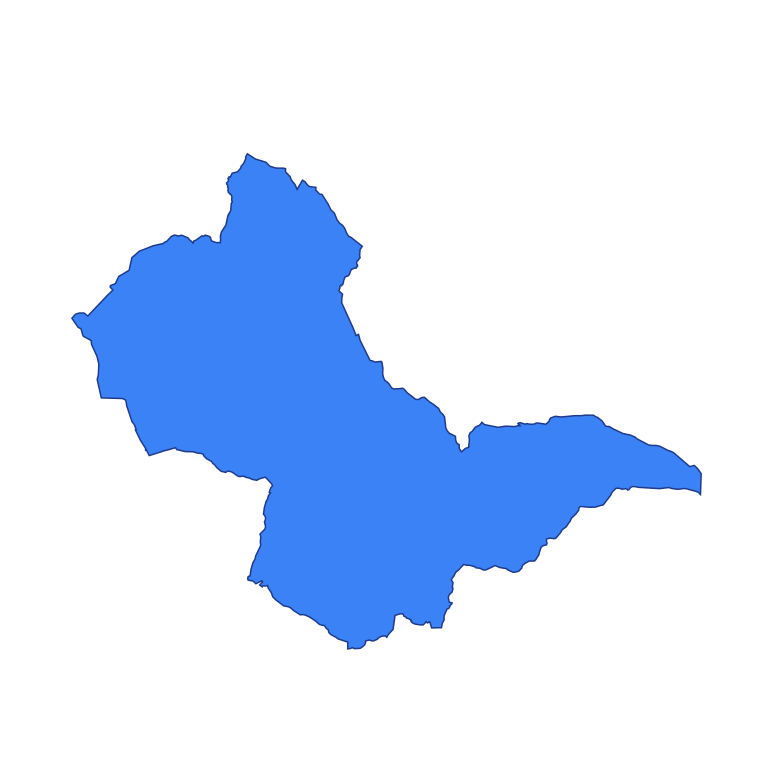 Albestii De Arges, Arges, Romania, rotated 78°
{"feature_id": "2599482B24655595940767", "entity_name": "Albestii De Arges", "entity_type": "district", "adm_level": 2, "iso_a3": "ROU", "parent_name": "Romania", "parent_adm1": "Arges", "projection": "natural_earth1", "projection_center": [24.684, 45.238], "detail": "fine", "context": "isolated", "style": "filled", "palette": "blue", "viewbox_px": 768, "rotation_deg": 78, "n_neighbors": 0, "source": "geoboundaries", "source_scale": "gbopen_adm2", "svg_char_len": 6165}
<svg xmlns="http://www.w3.org/2000/svg" viewBox="0 0 768 768"><g transform="rotate(78 384 384)"><path d="M635.5,474.6L635.8,473.4L635.4,469.7L636.8,467.6L637.6,462.3L636.8,460.1L635.2,457.2L633.1,455.8L631.4,455.3L631.4,451.6L632.7,449.4L633.1,447.6L632.3,443.6L631.1,442.0L630.2,438.6L630.6,435.3L632.3,433.9L630.1,432.0L625.8,426.1L612.6,421.3L612.2,415.8L612.5,414.2L613.4,413.0L615.3,412.7L616.2,411.3L617.8,410.5L618.3,409.3L620.4,406.6L621.6,406.5L621.6,406.9L622.6,406.6L623.8,405.6L625.4,403.3L627.4,397.9L627.7,395.5L625.3,392.2L626.7,391.3L626.2,388.7L632.5,388.1L634.3,378.4L630.4,376.9L627.3,374.3L623.2,373.4L617.1,369.0L617.1,367.5L615.4,365.8L614.8,366.0L613.1,363.2L612.2,362.9L611.0,365.5L606.2,365.5L604.1,364.4L601.8,361.2L601.8,360.8L599.4,359.5L597.9,359.0L597.1,359.5L592.7,357.8L589.6,358.9L587.5,357.0L586.4,355.5L583.1,353.1L581.3,349.5L578.4,345.5L577.7,344.3L577.1,343.9L577.5,342.5L578.3,341.4L579.3,337.4L581.7,333.1L582.8,332.4L584.3,328.2L586.2,326.0L586.8,324.7L587.0,322.6L584.7,313.1L587.7,308.7L589.9,302.9L591.8,301.3L594.9,297.0L595.3,294.8L595.2,291.2L592.9,287.7L590.3,286.3L588.8,283.4L587.4,278.9L588.3,274.3L588.3,273.4L587.6,272.3L583.4,268.1L581.1,267.1L576.6,264.4L575.6,263.1L575.2,261.3L575.1,258.5L573.6,257.6L571.8,257.8L569.4,257.3L569.2,253.6L570.7,249.8L570.6,248.2L569.7,246.8L566.0,242.1L563.7,240.1L561.5,235.3L558.3,232.2L557.3,230.8L554.2,228.5L551.2,223.6L549.0,221.0L547.9,219.8L545.4,218.9L544.7,217.4L544.8,216.6L547.3,208.6L548.4,202.6L547.8,196.6L547.9,194.7L539.9,185.4L537.8,183.8L536.4,182.2L534.2,178.6L535.0,175.2L536.4,173.3L536.6,169.6L537.3,168.3L538.4,167.7L538.2,166.3L536.3,164.1L536.0,162.3L536.5,160.0L538.0,156.5L543.6,136.4L544.5,126.9L545.9,124.5L547.7,119.8L548.3,116.7L548.5,112.9L549.2,110.3L553.9,101.2L555.4,99.0L557.9,97.4L537.6,92.4L532.0,94.8L528.2,97.4L528.4,102.1L511.3,115.1L509.3,117.7L508.4,119.5L502.5,126.8L500.8,130.3L499.6,135.3L498.6,137.9L490.2,148.0L488.0,149.6L485.1,153.8L482.1,160.6L475.7,169.0L472.4,172.5L472.0,174.3L471.2,176.0L465.3,178.5L460.9,182.2L460.1,183.8L458.1,185.5L456.2,194.1L456.1,197.1L454.7,203.7L453.1,217.5L451.2,223.2L451.9,228.1L453.1,229.4L454.7,230.2L457.0,234.0L454.0,242.0L453.9,243.6L454.4,245.0L454.1,248.1L452.9,251.7L452.4,252.4L452.7,254.0L450.1,259.0L450.2,260.8L450.6,261.2L452.7,259.6L453.2,259.6L452.5,261.5L452.9,264.7L450.5,273.8L450.1,281.3L444.6,294.2L441.8,296.2L444.0,298.7L445.2,303.7L448.5,307.4L449.7,310.0L452.2,311.7L456.8,312.2L463.5,314.4L463.9,317.7L466.4,322.3L462.9,323.8L458.9,323.1L458.2,324.1L456.3,325.3L453.7,325.5L450.0,325.0L445.6,330.5L442.9,331.9L439.8,332.7L428.8,331.6L425.5,333.0L423.2,334.7L419.1,335.7L417.9,337.0L414.4,339.6L411.2,343.0L405.5,347.2L405.1,349.0L405.5,351.2L406.3,353.3L405.7,356.1L397.3,363.2L393.4,365.3L392.0,366.6L391.8,369.8L390.8,375.6L389.3,377.4L385.2,378.9L382.5,380.6L380.6,382.5L377.0,383.2L373.9,383.2L368.2,381.8L362.3,381.5L361.4,382.0L361.1,383.5L360.7,388.1L358.8,390.9L358.1,392.7L336.4,398.3L330.2,398.6L330.9,401.2L322.6,402.6L295.8,408.5L291.6,407.5L287.6,405.9L283.5,408.7L280.6,407.0L279.3,406.9L278.5,406.1L279.1,405.1L277.4,403.1L274.6,402.0L271.6,400.1L271.0,399.4L271.0,397.9L270.7,396.5L269.7,395.1L266.2,393.0L265.1,391.9L264.5,388.6L264.9,387.3L263.0,385.2L262.2,385.2L262.2,385.6L260.1,385.7L259.0,385.4L255.5,381.1L253.7,381.2L247.6,379.5L244.8,376.6L233.8,385.7L232.1,388.0L228.8,389.1L223.9,390.0L220.2,391.5L217.4,394.1L213.6,395.8L206.6,397.0L202.5,399.8L196.3,401.3L185.8,405.2L184.7,407.6L180.2,410.4L177.5,409.7L175.3,416.0L173.3,417.5L169.6,419.3L167.7,421.4L175.6,428.5L170.3,429.6L168.2,430.6L167.6,431.2L164.3,432.4L162.0,432.6L155.9,436.2L152.9,435.5L152.0,437.4L150.3,444.9L147.2,450.5L142.6,453.3L137.2,463.0L130.4,469.8L133.1,472.1L135.0,472.5L138.2,474.8L139.7,476.2L141.3,478.5L142.4,478.9L143.8,480.2L145.4,482.3L146.1,484.0L146.2,488.3L146.7,489.1L149.6,491.2L149.1,492.4L150.8,494.0L151.3,493.5L152.1,493.6L153.6,494.5L154.6,496.2L155.6,496.3L157.1,495.6L158.8,496.0L160.2,495.5L161.8,496.4L163.9,496.4L165.8,495.5L167.1,494.2L168.8,493.8L172.8,494.8L174.3,494.4L175.5,495.8L181.9,497.7L183.0,498.2L185.8,501.0L186.8,501.1L187.1,501.8L195.5,505.5L201.5,511.4L205.0,513.2L209.6,514.0L211.9,515.0L211.3,516.1L210.9,518.5L208.1,523.1L204.3,523.3L203.1,524.5L201.2,528.0L202.0,529.9L201.2,531.2L204.3,538.3L204.4,540.1L206.5,541.5L205.1,542.2L202.4,544.3L200.3,545.3L196.4,550.9L196.5,554.2L194.7,558.0L195.5,561.5L199.1,566.5L199.7,569.1L200.7,570.9L200.8,581.1L203.2,595.6L208.0,604.3L219.8,609.7L223.6,621.1L230.0,625.9L230.8,631.0L232.2,631.7L235.8,629.7L240.0,636.5L255.9,659.6L252.2,662.6L251.2,667.3L251.6,671.2L254.8,675.6L265.0,671.4L267.0,668.9L272.8,668.6L274.9,668.1L280.6,661.4L284.7,661.8L297.1,659.0L305.3,658.8L315.6,661.5L320.0,663.6L338.8,663.4L343.9,642.6L345.9,640.2L347.7,639.9L351.7,640.2L368.5,638.3L371.8,636.7L377.1,635.9L377.2,636.7L388.6,633.9L397.0,630.7L399.2,630.9L399.0,630.2L405.2,628.5L403.9,614.8L403.4,613.1L403.7,612.5L403.0,601.1L405.0,600.5L408.8,592.4L410.6,584.8L412.6,581.3L414.0,577.0L415.2,575.4L416.8,575.2L420.2,573.1L423.7,569.0L426.4,567.8L427.2,566.8L430.7,565.1L435.5,561.5L437.5,557.3L436.7,554.7L438.2,551.5L440.2,549.3L443.1,546.8L444.3,545.2L444.7,543.4L444.7,540.9L446.6,538.3L448.2,534.9L449.8,533.0L451.7,528.5L450.8,525.1L450.5,519.4L458.0,514.8L460.4,514.2L461.7,516.0L463.6,517.4L466.3,518.8L467.0,517.7L469.2,520.3L471.9,521.6L474.5,523.8L480.0,526.7L486.4,529.0L487.7,528.1L490.3,527.6L492.6,528.5L493.9,529.6L499.0,529.5L501.2,530.7L505.0,536.5L507.9,536.3L513.0,537.9L514.8,537.9L516.6,538.4L525.4,545.2L528.3,546.5L531.7,549.4L537.6,552.6L543.9,554.9L544.0,556.5L544.6,557.3L547.1,557.9L547.7,557.5L549.1,554.2L549.3,553.2L552.7,550.9L551.1,544.3L552.4,543.9L554.7,547.4L557.1,545.3L556.2,544.5L557.0,542.0L556.9,539.8L559.4,539.7L564.8,537.6L569.2,537.0L572.7,534.7L580.1,528.3L582.1,523.7L583.2,522.2L587.3,519.1L592.4,513.8L592.7,511.3L593.7,509.0L596.4,505.3L601.4,500.4L605.7,497.2L607.2,494.5L607.7,492.7L611.0,491.2L612.9,489.6L615.5,489.7L617.9,488.2L622.1,483.3L623.7,482.1L628.9,473.1L635.5,474.6Z" fill="#3b82f6" stroke="#1e3a8a" stroke-width="1.5"/></g></svg>